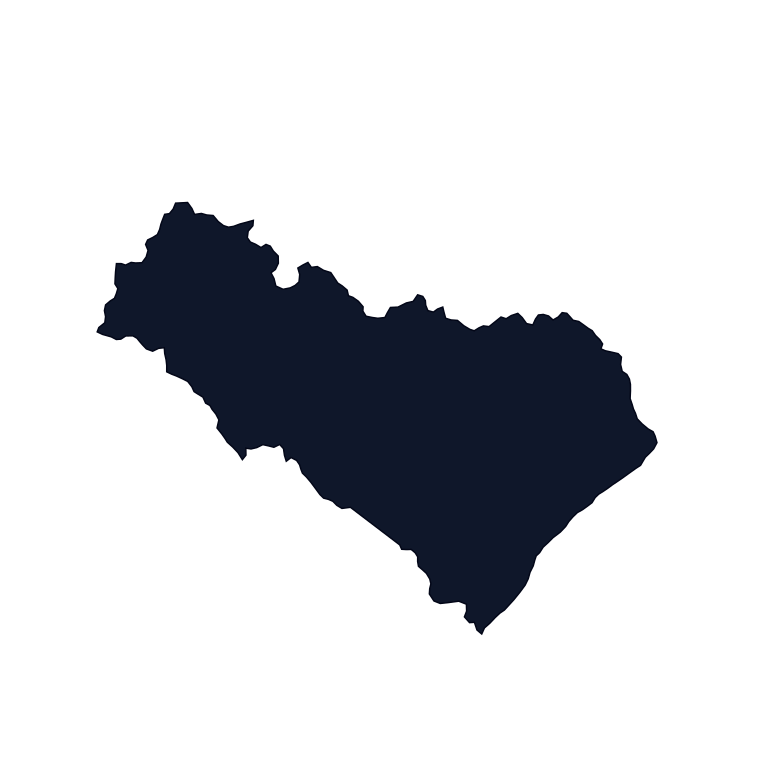 the district of Itabirito, Minas Gerais, Brazil, rotated 238°
{"feature_id": "56859067B46575317431952", "entity_name": "Itabirito", "entity_type": "district", "adm_level": 2, "iso_a3": "BRA", "parent_name": "Brazil", "parent_adm1": "Minas Gerais", "projection": "orthographic", "projection_center": [-43.791, -20.255], "detail": "fine", "context": "isolated", "style": "filled", "palette": "ink", "viewbox_px": 768, "rotation_deg": 238, "n_neighbors": 0, "source": "geoboundaries", "source_scale": "gbopen_adm2", "svg_char_len": 3579}
<svg xmlns="http://www.w3.org/2000/svg" viewBox="0 0 768 768"><g transform="rotate(238 384 384)"><path d="M135.4,388.9L138.7,397.2L142.4,403.1L146.9,408.0L150.7,414.2L154.8,418.6L157.6,422.0L158.5,426.6L161.3,432.5L162.6,439.4L164.1,445.8L165.0,455.1L166.9,462.5L169.4,467.8L171.2,473.7L172.5,479.8L172.2,485.7L172.6,491.8L173.1,497.5L175.8,502.9L176.8,507.7L176.8,513.1L177.0,518.4L177.5,524.4L177.7,531.2L178.0,537.4L178.4,543.3L179.0,552.9L179.1,558.5L181.4,562.9L183.4,566.8L184.6,572.5L186.1,578.3L189.6,584.4L196.2,586.3L200.9,586.9L205.9,584.2L213.5,581.7L220.3,580.3L225.8,581.7L230.6,582.3L235.2,583.6L241.2,585.0L247.6,589.4L253.1,592.8L258.1,594.7L263.4,595.0L268.5,592.7L275.2,595.0L281.0,599.6L285.7,598.6L290.4,593.9L294.9,589.3L298.9,586.6L302.1,590.6L307.3,590.5L313.1,589.1L318.9,588.8L323.0,586.7L328.5,584.5L333.8,582.3L337.9,578.1L342.8,577.3L347.1,576.5L350.1,572.9L348.5,567.3L348.7,561.3L354.5,559.6L358.6,555.9L360.7,551.5L358.8,546.9L355.2,541.5L359.7,536.9L367.1,536.4L373.0,534.9L374.6,528.2L374.6,522.2L378.8,518.7L377.9,511.1L377.0,503.5L380.6,499.1L381.3,494.4L381.3,488.7L384.8,485.8L391.0,482.6L399.0,480.0L402.8,474.8L407.1,471.1L413.1,472.9L418.1,474.6L419.2,469.2L418.8,464.0L423.0,460.1L428.7,461.1L432.9,463.3L437.7,463.3L441.8,459.8L438.6,452.5L440.9,445.9L441.8,436.6L445.5,430.0L442.7,424.7L439.9,420.0L443.0,413.6L446.7,409.2L451.0,404.7L457.0,404.7L460.6,407.2L467.8,406.1L474.0,403.5L477.7,400.6L483.2,402.5L489.4,400.5L494.1,398.3L500.4,398.1L506.7,397.9L512.4,393.0L518.9,389.7L521.4,384.2L527.4,383.9L527.9,378.3L528.0,372.4L521.6,370.6L515.6,366.0L514.7,360.9L515.2,355.4L517.8,348.6L524.4,344.2L531.7,346.6L538.2,347.1L538.7,352.6L542.4,358.4L548.6,362.1L555.4,360.6L561.2,360.6L564.9,357.9L564.9,352.0L570.6,349.1L575.2,345.9L580.5,345.6L585.6,349.8L587.7,356.7L592.0,359.9L594.1,352.8L596.0,346.7L597.4,340.0L599.4,335.2L603.4,331.8L609.6,329.5L617.4,328.4L621.3,323.2L625.4,319.5L628.2,313.2L634.6,314.1L642.0,313.6L644.7,308.7L647.8,303.1L644.1,297.9L642.2,292.3L644.1,287.9L640.6,283.2L637.8,279.6L634.0,275.7L630.8,271.0L630.8,265.5L631.4,259.9L628.7,255.8L622.3,254.7L617.7,249.6L615.1,243.0L618.3,237.4L621.1,234.0L621.8,227.8L625.2,225.1L627.9,220.9L621.4,215.8L616.6,212.4L611.5,208.9L606.0,208.9L602.3,204.7L599.5,200.8L599.5,195.9L598.6,189.8L594.4,185.8L588.7,183.6L583.9,179.7L583.0,172.1L580.2,168.4L575.2,171.6L568.5,177.7L563.6,180.6L561.5,184.6L561.6,190.5L557.9,196.6L553.7,198.8L549.4,199.3L545.0,200.0L539.7,201.1L534.4,205.2L533.7,211.8L531.2,216.9L526.1,214.2L519.9,212.0L514.9,209.6L509.5,206.2L504.9,209.1L500.8,212.2L495.5,215.7L490.2,218.9L483.5,219.6L478.2,218.9L474.2,220.8L468.8,223.5L462.3,222.6L458.0,225.0L453.6,224.8L447.6,225.5L441.1,225.0L435.2,219.1L427.6,220.0L422.0,220.3L417.7,220.3L410.7,222.3L403.2,223.8L394.9,223.8L396.8,229.2L402.8,232.8L399.4,236.8L397.5,242.4L396.8,249.1L392.8,253.2L388.7,257.1L388.0,263.5L382.4,264.5L376.3,261.8L370.3,260.2L370.9,266.2L365.5,269.4L360.2,269.6L355.8,268.4L351.7,267.6L346.4,268.9L339.5,269.9L330.9,270.6L324.2,271.1L319.2,272.3L315.7,275.7L311.6,278.5L306.1,279.7L300.8,282.4L297.2,290.2L239.2,312.1L234.5,311.4L231.8,315.2L229.3,319.4L224.4,321.0L219.6,321.0L215.7,318.5L211.1,316.6L207.0,317.9L201.0,319.6L194.4,319.5L189.7,317.9L186.2,314.3L181.9,311.2L173.5,311.4L168.1,315.4L164.7,322.4L160.2,332.3L153.6,337.2L147.6,333.7L143.9,328.8L136.3,330.1L134.0,334.4L126.1,332.5L120.2,334.4L123.9,339.9L125.1,347.2L127.0,354.4L128.3,361.0L128.5,366.3L130.1,372.1L132.2,379.6L135.4,388.9Z" fill="#0f172a" stroke="#020617" stroke-width="1.5"/></g></svg>